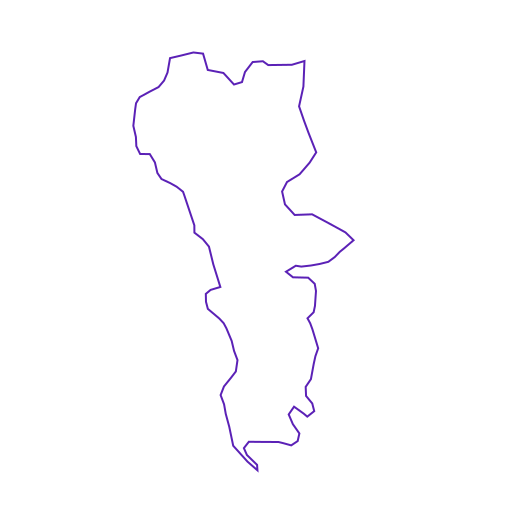 the district of Jangheung-gun, South Jeolla, South Korea, rotated 350°
{"feature_id": "91817680B67324121140218", "entity_name": "Jangheung-gun", "entity_type": "district", "adm_level": 2, "iso_a3": "KOR", "parent_name": "South Korea", "parent_adm1": "South Jeolla", "projection": "natural_earth1", "projection_center": [126.923, 34.646], "detail": "fine", "context": "isolated", "style": "outline", "palette": "violet", "viewbox_px": 512, "rotation_deg": 350, "n_neighbors": 0, "source": "geoboundaries", "source_scale": "gbopen_adm2", "svg_char_len": 1595}
<svg xmlns="http://www.w3.org/2000/svg" viewBox="0 0 512 512"><g transform="rotate(350 256 256)"><path d="M205.7,46.2L200.7,60.0L195.9,67.3L189.4,72.7L179.8,75.7L169.1,79.3L164.4,84.7L162.6,90.2L157.8,106.5L158.4,117.9L157.5,124.9L157.2,127.0L159.6,135.4L169.1,137.2L172.7,146.3L173.3,157.1L176.3,163.8L184.0,169.2L189.9,174.0L195.3,180.1L195.9,183.7L200.6,215.1L199.4,222.3L206.6,230.2L211.3,238.6L212.5,256.8L215.5,280.3L205.4,281.5L200.0,284.6L198.8,292.4L199.4,299.7L209.0,311.2L212.5,316.6L214.3,322.1L217.3,335.4L217.9,345.6L219.7,355.3L216.1,366.2L210.1,371.7L201.8,378.9L197.0,386.8L198.8,396.5L198.8,406.2L200.0,419.5L200.6,438.9L210.6,454.9L211.9,457.0L220.2,467.3L220.8,461.9L212.5,450.4L210.7,443.1L216.7,437.7L226.2,439.5L245.9,443.1L250.0,444.9L257.8,448.6L264.9,445.5L267.9,438.3L263.1,428.0L260.7,417.7L267.3,411.0L275.6,419.5L278.6,423.1L286.4,418.9L285.8,411.0L281.0,402.5L282.2,393.5L288.7,386.8L294.1,372.3L297.1,365.0L301.2,357.7L299.4,342.6L298.8,337.8L297.7,331.7L295.9,326.3L303.0,321.4L305.4,315.4L307.2,308.1L309.0,300.9L309.0,293.6L303.6,286.4L297.6,285.2L288.7,283.4L282.8,276.7L293.5,272.5L298.8,274.3L308.4,274.9L317.3,274.9L326.2,274.3L333.4,270.7L339.3,266.4L344.7,263.4L354.8,257.4L348.2,248.3L336.9,239.2L318.5,224.7L301.2,222.3L293.5,210.2L292.9,197.0L299.4,188.5L313.1,183.1L325.0,173.4L333.3,164.4L329.1,143.8L326.8,131.2L324.4,116.1L332.1,97.4L337.6,72.4L324.5,73.9L301.2,70.1L296.6,65.4L286.4,64.4L277.1,72.9L272.4,82.3L264.1,83.3L255.7,70.1L240.8,64.4L239.0,47.5L229.7,44.7L216.7,45.6L205.7,46.2Z" fill="none" stroke="#5b21b6" stroke-width="2"/></g></svg>